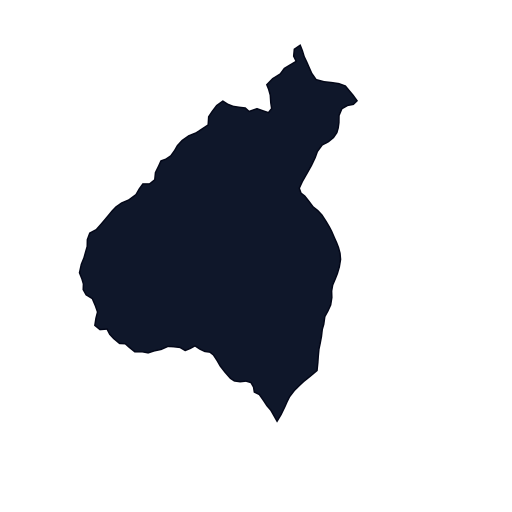 outline of Aguanil, Minas Gerais, Brazil, rotated 235°
{"feature_id": "56859067B60511800598000", "entity_name": "Aguanil", "entity_type": "district", "adm_level": 2, "iso_a3": "BRA", "parent_name": "Brazil", "parent_adm1": "Minas Gerais", "projection": "natural_earth1", "projection_center": [-45.42, -20.982], "detail": "fine", "context": "isolated", "style": "filled", "palette": "ink", "viewbox_px": 512, "rotation_deg": 235, "n_neighbors": 0, "source": "geoboundaries", "source_scale": "gbopen_adm2", "svg_char_len": 2220}
<svg xmlns="http://www.w3.org/2000/svg" viewBox="0 0 512 512"><g transform="rotate(235 256 256)"><path d="M403.4,406.0L398.1,401.5L392.4,400.6L392.9,394.1L393.4,386.8L391.2,380.3L391.7,371.4L390.1,363.1L385.3,362.0L379.6,360.0L373.2,356.1L367.8,353.4L366.3,348.4L370.5,345.3L376.1,341.3L378.4,333.2L383.4,332.1L387.4,327.6L391.7,323.1L396.5,319.9L401.9,317.7L401.8,310.1L399.5,303.0L397.2,297.1L390.8,292.0L391.0,284.9L391.2,277.6L393.0,270.0L393.0,261.8L391.5,255.0L389.1,249.9L386.9,243.7L387.0,237.7L388.4,232.7L385.7,228.2L382.0,221.5L376.5,216.8L376.1,210.1L379.9,204.7L378.0,199.1L375.1,192.9L374.9,183.8L376.5,176.3L376.5,169.5L375.4,164.0L373.4,156.8L371.0,147.8L369.2,140.2L370.1,133.0L366.1,127.2L360.6,123.2L357.0,118.7L353.2,114.1L349.4,108.2L343.5,101.8L337.1,100.3L332.1,98.6L327.6,95.2L321.6,94.6L315.0,97.5L307.4,95.9L301.0,94.1L296.9,89.3L291.6,84.2L285.2,86.0L281.6,92.1L275.7,91.3L270.0,92.1L262.6,94.1L259.1,98.6L254.3,99.7L247.0,101.8L242.7,108.0L238.5,112.1L236.7,118.1L233.9,124.7L232.5,131.9L229.2,136.2L224.7,141.3L219.2,143.8L218.0,149.1L217.4,154.5L212.0,156.6L207.2,159.3L203.7,163.1L199.4,164.4L192.8,164.2L186.3,163.6L178.5,164.0L170.4,164.9L166.1,166.6L162.1,170.9L159.3,176.0L155.2,179.3L150.0,178.8L145.5,176.6L140.6,179.3L133.0,179.3L127.1,179.1L121.2,179.7L114.8,179.1L108.6,178.5L111.7,185.5L116.0,193.2L118.9,198.0L121.5,202.8L123.9,210.4L125.1,217.5L125.9,223.3L126.4,231.2L127.2,240.3L133.1,245.4L138.3,249.6L143.6,254.1L147.6,258.4L152.6,263.5L157.9,268.2L161.2,272.3L166.9,277.6L169.7,283.3L173.1,289.1L178.5,294.3L184.0,297.9L188.3,302.2L191.6,307.5L194.9,312.5L199.2,317.9L204.7,323.3L210.1,326.4L215.6,328.4L220.4,329.6L226.1,330.7L232.9,332.1L237.5,332.7L243.7,333.2L251.7,333.5L257.5,332.7L263.6,330.9L270.2,330.7L277.2,330.3L281.7,328.9L286.7,330.3L290.5,336.8L294.8,345.9L298.3,353.2L302.6,360.8L306.4,366.2L309.0,373.9L308.1,380.9L308.6,387.4L310.7,393.0L313.8,396.8L317.7,400.4L323.5,404.6L327.4,410.8L326.8,417.4L324.4,422.7L325.2,427.8L332.1,427.7L338.7,427.1L344.0,426.7L349.7,422.7L354.7,417.4L359.7,411.7L366.0,406.4L373.7,406.4L380.3,407.7L385.7,408.8L391.7,409.8L397.5,411.7L403.3,413.1L403.4,406.0Z" fill="#0f172a" stroke="#020617" stroke-width="1.5"/></g></svg>